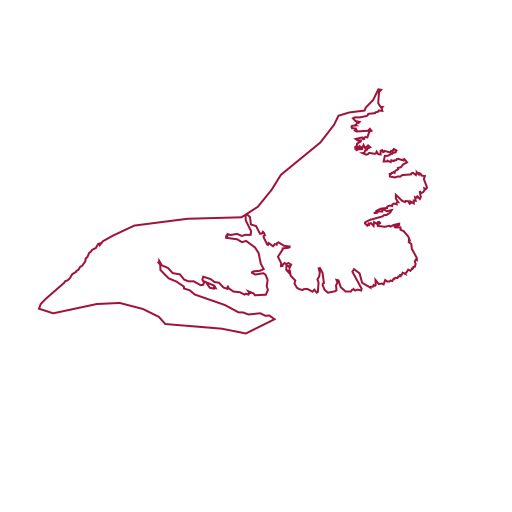 Gamvik nor, Finnmark, Norway, rotated 51°
{"feature_id": "86288312B53598341368845", "entity_name": "Gamvik nor", "entity_type": "district", "adm_level": 2, "iso_a3": "NOR", "parent_name": "Norway", "parent_adm1": "Finnmark", "projection": "albers", "projection_center": [28.071, 70.766], "detail": "fine", "context": "isolated", "style": "outline", "palette": "rose", "viewbox_px": 512, "rotation_deg": 51, "n_neighbors": 0, "source": "geoboundaries", "source_scale": "gbopen_adm2", "svg_char_len": 6023}
<svg xmlns="http://www.w3.org/2000/svg" viewBox="0 0 512 512"><g transform="rotate(51 256 256)"><path d="M160.4,457.8L172.9,449.7L193.1,410.0L206.7,391.5L225.9,377.3L242.1,369.8L251.8,369.3L290.9,328.4L309.8,312.7L316.8,281.4L310.6,283.1L308.4,286.3L303.2,288.7L296.7,298.7L291.7,301.6L288.9,305.0L274.4,311.1L247.5,327.8L240.9,329.1L236.0,332.4L234.4,331.3L225.9,333.9L218.4,337.9L206.8,339.1L202.5,335.9L199.6,336.0L199.6,335.9L200.0,335.8L200.1,335.7L198.7,334.2L203.9,335.1L210.0,331.9L216.9,331.5L222.4,326.7L229.2,326.7L233.3,324.3L236.4,320.4L243.8,317.4L245.1,315.3L243.9,313.0L240.6,312.6L238.9,310.0L245.6,305.7L250.1,304.7L253.5,301.6L260.0,301.1L263.5,298.9L261.3,296.6L263.7,297.6L269.5,295.9L273.9,291.4L278.8,289.2L278.8,287.8L281.2,286.2L280.5,285.4L281.0,284.4L278.6,284.2L283.6,281.4L285.8,281.6L292.3,272.7L289.9,268.1L286.2,266.7L282.0,262.1L276.7,260.4L274.0,261.1L270.1,268.1L266.5,269.7L266.0,268.8L266.4,267.6L270.0,262.2L271.0,258.3L264.9,257.1L255.3,252.1L248.6,251.4L238.1,254.2L236.4,258.2L231.2,260.1L223.0,267.8L221.6,266.4L221.5,265.4L222.0,265.4L221.5,264.8L222.0,264.8L221.6,263.9L223.6,262.7L226.9,256.8L231.5,254.4L232.8,251.0L236.2,246.9L233.6,244.2L221.7,241.5L218.0,238.6L218.0,236.8L222.0,236.2L228.3,240.1L232.8,237.1L241.2,238.9L242.3,237.0L241.6,235.4L243.2,235.3L245.5,236.0L245.3,237.4L246.2,238.3L254.4,240.1L254.9,239.7L253.9,238.0L259.2,236.6L258.6,233.9L260.2,232.8L259.3,231.7L259.5,230.0L265.9,227.7L269.8,223.9L270.3,224.4L270.1,225.4L266.9,230.5L267.7,231.2L270.4,239.4L277.6,241.0L279.6,243.0L280.4,241.7L279.8,241.2L279.4,238.2L281.4,237.6L281.8,235.3L284.8,234.1L286.4,237.5L284.5,236.8L282.8,238.5L285.8,241.2L289.1,241.0L287.6,240.1L288.6,238.9L293.1,241.5L299.8,240.9L301.7,243.5L306.5,244.2L309.6,242.9L311.8,241.1L311.8,239.8L313.8,236.9L319.3,234.5L318.9,231.8L322.7,231.9L322.8,230.5L316.0,224.1L312.9,223.0L311.7,219.8L309.0,216.8L305.1,215.1L305.6,213.9L311.0,214.9L319.7,220.2L319.6,221.6L320.7,222.6L325.5,224.0L329.8,223.2L333.2,216.6L333.3,215.0L329.2,212.3L327.9,209.4L325.2,208.5L326.9,207.2L333.5,209.8L340.0,208.7L343.3,204.7L342.7,202.4L343.4,201.6L343.1,201.0L345.3,200.6L346.1,198.2L349.0,196.0L347.8,194.5L328.9,191.0L327.9,188.1L334.6,186.4L343.6,190.4L352.0,187.2L351.6,187.1L353.4,184.4L352.6,182.9L354.0,182.4L353.9,181.3L349.8,178.2L355.0,178.3L356.5,175.6L358.4,174.7L356.0,170.7L358.6,170.0L359.9,168.1L359.7,166.9L361.2,165.9L360.3,163.3L360.9,162.8L360.6,161.5L362.2,159.8L361.5,158.2L362.7,156.5L361.5,155.9L362.3,154.6L361.3,152.5L363.8,151.3L363.3,151.2L363.5,149.5L362.4,146.3L364.7,145.3L364.2,143.7L364.5,142.9L363.9,142.5L364.3,141.6L363.5,140.5L364.3,139.3L362.5,136.8L360.3,136.2L359.4,133.9L360.4,133.5L358.5,132.2L348.5,130.4L344.3,127.7L341.4,128.6L339.8,127.0L340.4,126.6L336.6,125.4L329.6,125.6L326.6,127.2L324.7,125.7L321.4,129.8L320.3,129.7L322.0,125.2L321.0,124.4L318.5,129.4L317.8,133.0L316.4,133.4L314.4,137.5L309.2,142.4L308.3,141.6L308.5,138.8L307.0,138.8L306.4,140.1L306.7,142.0L304.0,142.9L306.6,145.7L302.8,145.9L302.3,147.1L302.8,147.9L303.0,148.6L301.8,148.4L302.4,150.4L299.2,150.8L298.5,149.9L299.6,144.8L304.9,132.6L304.7,131.0L306.3,128.7L306.7,124.4L305.7,121.7L303.6,126.1L300.5,127.1L299.8,129.0L300.9,129.9L297.6,133.7L298.3,133.8L298.2,134.4L298.2,134.5L297.9,134.8L297.9,135.0L298.3,134.6L298.3,134.1L298.7,134.6L296.9,137.5L297.6,134.3L296.7,134.0L297.8,129.1L301.2,123.9L300.2,122.9L301.0,120.3L302.9,118.7L301.8,117.7L302.0,115.9L304.2,114.2L303.4,114.0L303.0,111.9L303.4,111.6L299.4,111.2L296.5,108.8L305.2,107.7L307.9,106.2L307.4,105.2L309.2,103.3L312.1,103.7L312.3,102.2L311.0,101.6L314.4,100.3L312.1,98.5L313.6,97.2L310.6,95.5L312.3,95.0L311.3,94.8L312.1,93.6L310.4,93.0L314.8,92.8L313.9,90.8L308.5,87.9L310.9,88.3L311.6,86.0L310.9,83.4L309.3,82.6L310.9,81.7L310.4,80.0L301.8,77.1L300.1,74.5L297.7,76.7L294.9,76.2L295.5,76.6L294.4,77.0L295.2,78.1L292.1,78.3L293.8,79.4L292.6,79.2L293.7,80.8L290.1,81.7L289.6,83.3L290.2,84.1L285.1,91.5L285.1,94.1L283.6,95.4L282.4,98.6L278.5,101.9L276.4,100.4L277.2,99.4L276.7,98.3L277.4,97.6L277.3,96.4L278.6,96.0L277.5,94.2L278.0,90.9L276.9,90.3L278.2,87.5L277.4,84.2L278.3,79.7L274.1,79.7L273.7,80.8L274.4,81.3L269.7,84.6L269.3,85.6L269.9,86.6L268.6,88.5L269.0,89.2L267.4,90.2L267.8,90.3L267.2,91.4L267.8,92.3L264.7,93.8L265.1,94.4L262.9,97.3L259.3,92.9L261.1,90.5L261.7,87.2L261.3,86.8L262.3,85.8L262.0,84.7L263.3,82.3L262.4,80.4L260.0,81.3L259.6,81.6L260.4,82.5L259.9,83.0L260.4,84.0L259.4,84.9L260.1,86.4L255.1,90.1L255.6,90.9L255.2,91.9L253.1,91.4L252.7,92.9L255.5,95.3L253.8,96.9L250.8,96.6L251.7,98.2L251.4,99.3L247.1,103.2L247.3,105.0L246.5,106.7L243.1,108.4L244.0,107.0L242.8,104.8L243.3,103.0L242.7,101.8L243.3,98.8L240.6,99.3L241.0,103.3L237.4,102.6L239.7,106.4L238.0,108.6L236.7,107.0L238.2,105.6L235.7,106.4L237.5,108.3L237.0,111.9L236.4,109.9L236.6,107.9L235.3,108.4L235.0,111.1L233.8,110.4L233.8,108.5L232.3,106.6L232.9,102.6L232.2,101.7L230.2,104.3L227.8,104.9L230.6,99.0L232.8,99.2L233.1,98.3L232.2,97.7L232.3,96.3L233.9,94.8L230.7,89.8L231.4,87.5L228.8,87.5L229.2,90.1L222.6,99.4L221.1,100.1L220.7,100.1L221.2,98.6L219.7,98.2L217.1,101.0L215.6,100.4L215.3,99.4L217.3,96.4L216.7,96.7L216.7,94.7L216.1,93.8L216.2,92.5L217.2,92.4L217.0,91.1L213.8,93.7L210.0,94.0L210.4,92.1L213.6,88.1L216.8,81.9L216.9,80.6L216.2,79.3L219.9,73.6L219.5,73.0L220.7,70.3L220.2,69.0L222.7,66.5L220.1,65.4L219.9,63.9L218.4,65.3L214.2,64.9L206.1,57.3L205.6,54.2L203.5,56.0L208.5,66.9L209.7,77.3L211.3,80.1L203.2,93.1L198.9,103.6L203.2,112.9L208.3,134.6L208.6,185.6L214.4,202.3L218.9,223.6L216.8,242.9L183.9,285.9L155.8,331.4L150.1,354.5L148.2,365.6L149.2,370.5L147.8,369.7L147.3,371.1L149.0,375.3L148.1,379.6L148.7,381.5L148.7,383.9L150.8,387.9L150.7,389.9L152.7,391.9L154.2,397.3L153.8,399.8L154.9,402.4L154.6,404.9L155.1,405.6L154.5,410.3L156.3,415.2L156.3,417.9L155.5,420.1L156.1,422.0L157.0,446.9L157.9,453.6L160.4,457.8ZM255.6,307.6L252.8,307.1L244.9,311.3L251.6,311.9L254.8,309.3L254.2,308.7L255.6,307.6Z" fill="none" stroke="#9f1239" stroke-width="2"/></g></svg>